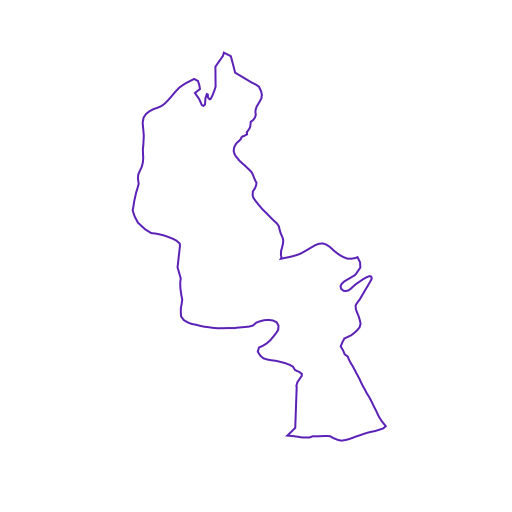 outline of Kuhlan Afar, Hajjah, Yemen, rotated 342°
{"feature_id": "15242507B42632084566957", "entity_name": "Kuhlan Afar", "entity_type": "district", "adm_level": 2, "iso_a3": "YEM", "parent_name": "Yemen", "parent_adm1": "Hajjah", "projection": "mercator", "projection_center": [43.707, 15.758], "detail": "fine", "context": "isolated", "style": "outline", "palette": "violet", "viewbox_px": 512, "rotation_deg": 342, "n_neighbors": 0, "source": "geoboundaries", "source_scale": "gbopen_adm2", "svg_char_len": 6032}
<svg xmlns="http://www.w3.org/2000/svg" viewBox="0 0 512 512"><g transform="rotate(342 256 256)"><path d="M156.8,166.9L155.0,170.4L152.8,174.5L152.8,180.7L154.0,187.8L158.7,196.2L163.4,201.8L164.2,202.2L167.2,203.5L171.1,205.7L175.1,208.2L178.7,211.0L179.8,211.9L182.0,213.7L185.0,216.7L187.1,220.2L187.3,221.2L186.4,223.8L177.9,242.5L177.5,254.1L176.2,256.8L175.7,258.0L174.7,261.3L174.4,262.1L173.6,266.1L172.9,270.3L172.4,274.6L170.6,278.4L168.5,282.2L167.0,286.5L166.7,288.0L166.1,290.5L167.5,294.6L170.6,298.1L173.9,300.8L177.8,302.9L181.2,305.1L184.8,307.2L189.0,309.1L189.7,309.5L193.0,311.1L193.4,311.3L197.3,312.9L201.4,314.2L205.8,315.5L209.9,316.8L213.9,318.1L214.8,318.1L227.5,321.0L231.7,321.2L235.4,319.5L239.7,319.3L244.0,319.6L248.3,320.7L252.2,322.6L255.2,325.4L255.6,327.9L255.8,329.5L254.2,333.2L251.0,335.8L246.8,338.5L243.1,340.8L239.0,342.5L234.7,343.5L230.5,344.0L228.3,347.3L228.1,347.6L229.3,352.1L231.4,355.6L235.0,358.1L238.6,360.0L242.7,361.9L243.7,362.5L246.7,364.4L250.5,366.8L254.0,369.6L256.9,372.5L257.9,376.6L261.4,379.7L263.2,382.3L262.5,384.1L256.5,388.7L255.5,390.1L254.2,392.1L254.2,393.2L240.2,431.6L231.6,435.9L230.3,436.5L233.2,437.7L236.6,439.2L240.1,440.9L243.7,442.8L247.1,443.9L250.6,445.1L254.3,445.0L258.1,446.3L267.4,448.9L270.8,450.3L273.2,453.0L275.4,454.8L276.7,456.0L280.1,458.0L283.3,458.5L283.6,458.6L287.6,458.9L291.5,458.8L295.3,458.6L299.3,458.6L303.2,458.5L307.3,458.5L311.3,458.8L315.2,459.3L319.3,459.3L322.9,459.3L323.6,459.3L326.8,458.0L326.8,457.8L325.5,454.5L324.3,451.1L323.4,447.6L322.8,443.8L322.4,440.2L321.7,436.1L321.2,432.3L320.7,428.7L319.9,424.5L319.1,421.4L318.9,420.6L318.3,416.8L318.3,416.7L317.5,413.1L316.9,409.2L316.5,405.5L315.9,401.9L315.2,398.0L314.6,394.6L314.5,394.0L314.0,391.0L313.3,388.3L313.2,388.0L313.1,387.3L312.4,383.5L312.2,380.0L310.0,376.9L309.6,372.5L308.6,368.2L311.7,364.5L313.8,362.5L314.4,361.8L318.2,361.3L322.1,360.8L325.7,359.5L329.2,357.9L332.4,355.9L334.5,352.8L334.9,349.1L335.0,345.2L334.7,341.3L334.5,337.7L335.4,333.9L335.9,333.3L338.3,331.4L341.2,329.4L344.0,326.9L347.2,324.1L350.1,321.5L353.3,318.7L357.9,314.6L359.2,312.9L359.2,311.2L357.8,310.2L355.0,310.3L350.5,311.2L341.8,313.8L335.8,316.5L333.2,317.3L330.2,317.0L328.7,316.2L328.3,315.9L326.9,313.6L327.0,312.2L327.0,310.9L329.0,308.9L332.2,307.4L337.3,306.3L340.0,305.7L344.4,304.7L345.6,303.9L346.6,303.1L348.6,301.6L351.7,299.2L353.0,294.1L352.2,288.5L349.7,288.6L346.1,288.1L342.2,286.8L339.3,284.5L336.8,282.0L336.4,281.5L334.4,279.0L332.4,276.0L331.4,274.4L330.4,272.5L328.6,269.6L326.2,266.7L323.2,264.6L319.4,263.8L317.5,263.9L315.8,264.0L311.6,264.9L307.0,265.9L303.3,266.7L299.2,267.5L295.6,267.7L294.9,267.7L291.9,267.6L290.2,267.5L287.9,267.3L278.7,266.3L279.2,265.8L279.7,265.1L279.9,264.1L279.9,263.3L280.0,262.9L280.1,262.3L280.3,262.0L280.5,261.3L280.7,261.0L280.9,260.3L281.2,259.8L281.2,259.3L281.5,258.8L281.7,258.4L281.9,258.1L282.2,257.8L282.4,257.4L282.7,257.2L282.9,256.7L283.3,256.2L283.6,255.8L283.7,255.5L283.9,255.1L284.2,254.7L284.4,254.3L284.7,253.9L285.0,253.6L285.1,253.0L285.4,252.6L285.7,252.1L286.0,251.4L286.2,251.0L286.4,250.6L286.5,250.2L286.6,249.7L286.8,249.3L286.8,248.9L286.9,248.3L286.9,247.8L286.9,247.2L286.9,246.8L286.9,246.1L286.9,245.4L286.7,244.6L286.7,243.9L286.6,243.3L286.5,242.7L286.5,242.3L286.5,241.5L286.5,241.1L286.5,240.5L286.5,240.0L286.6,239.4L286.6,238.8L286.6,238.3L286.6,237.9L286.6,237.3L286.7,236.9L286.7,236.3L286.9,235.8L286.9,235.6L286.8,234.4L285.9,231.4L282.9,226.1L279.3,218.8L276.2,212.8L276.1,212.5L275.5,210.9L274.4,208.3L272.7,203.8L271.5,200.1L271.6,197.0L273.0,193.6L275.9,191.3L277.1,189.9L278.2,188.4L279.1,186.4L278.9,185.4L278.6,184.5L278.6,183.8L278.3,180.7L278.3,180.2L278.3,179.7L278.3,179.2L278.2,178.9L278.1,178.3L278.1,177.5L278.1,176.7L277.9,176.2L277.8,175.6L277.7,174.9L277.5,174.6L277.3,174.1L277.2,173.7L276.9,173.3L276.6,172.5L276.4,172.3L276.3,171.9L275.9,171.3L275.5,170.5L275.3,170.2L275.1,169.9L274.9,169.3L274.6,168.9L274.3,168.3L274.1,167.8L273.6,167.1L273.4,166.6L273.1,166.0L272.7,165.5L272.3,164.8L272.1,164.5L271.9,164.1L271.4,163.4L271.2,163.1L271.1,162.7L270.8,162.2L270.6,161.8L270.3,161.3L270.0,160.9L269.8,160.2L269.6,159.9L269.4,159.5L269.2,159.2L269.2,158.9L269.0,158.3L268.7,157.5L268.4,156.8L268.2,156.5L268.1,156.2L268.0,155.8L267.7,155.1L267.6,154.7L267.4,153.9L267.2,153.2L267.2,152.9L267.1,152.0L267.1,151.3L267.1,150.8L267.1,150.2L267.1,149.8L267.3,149.2L267.6,148.7L267.6,148.3L267.9,147.7L268.1,147.3L268.4,146.7L268.6,146.4L268.9,146.0L268.9,145.9L269.3,145.4L269.6,145.0L270.2,144.5L270.5,144.2L270.8,144.0L271.2,143.6L271.5,143.3L272.0,143.0L272.3,142.7L272.7,142.5L273.3,142.3L274.0,141.9L274.4,141.8L274.8,141.5L275.2,141.5L275.8,141.2L276.6,140.6L276.8,140.6L277.2,140.5L277.5,140.1L278.1,139.7L278.3,139.3L278.6,139.0L278.7,138.7L279.3,138.5L280.2,138.0L281.1,138.2L282.1,138.2L283.0,137.8L285.0,137.6L285.4,136.5L285.4,135.4L286.6,134.7L288.0,133.6L289.4,132.5L290.5,131.2L292.0,127.8L292.5,126.7L294.7,126.1L296.6,124.9L297.9,123.9L298.8,122.5L299.5,121.5L299.7,119.9L300.4,117.6L301.6,115.7L303.1,113.8L304.4,112.7L306.8,110.6L307.8,109.7L308.7,108.8L309.8,107.8L310.3,106.9L310.6,105.9L311.3,104.9L311.8,101.0L311.6,99.9L311.1,95.8L308.8,92.9L305.7,89.9L292.8,75.2L293.3,67.7L293.8,58.2L293.5,57.9L288.3,52.7L286.4,55.5L275.9,63.4L269.9,82.5L267.2,86.2L264.5,89.5L261.4,92.6L260.4,92.7L259.6,91.3L259.3,90.3L260.1,87.6L259.3,86.8L257.5,89.2L256.8,90.0L254.3,96.2L252.4,97.0L251.1,95.7L250.5,89.4L248.3,82.1L254.3,79.9L254.9,75.8L254.9,71.6L251.8,68.5L247.5,69.2L243.0,69.9L239.0,70.9L235.0,72.2L231.3,74.2L230.2,74.8L227.6,76.4L223.9,78.7L220.1,80.9L216.2,82.9L212.2,84.2L208.0,84.6L204.0,84.6L199.2,85.5L195.2,87.0L191.7,89.8L190.5,92.2L189.5,93.9L188.4,98.4L187.4,103.0L186.4,107.1L184.7,111.5L183.1,115.7L181.4,119.5L180.2,123.6L179.1,127.7L177.5,131.7L175.2,135.5L170.1,141.1L169.3,141.9L167.7,145.7L166.7,151.2L164.1,155.1L161.7,158.5L159.5,162.2L157.1,166.3L156.8,166.9Z" fill="none" stroke="#5b21b6" stroke-width="2"/></g></svg>